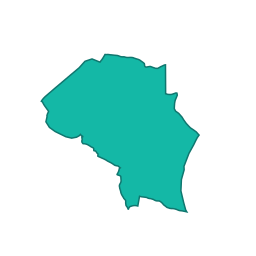 outline of Monier, Gros Islet, Saint Lucia, rotated 116°
{"feature_id": "8701671B21062082038543", "entity_name": "Monier", "entity_type": "district", "adm_level": 2, "iso_a3": "LCA", "parent_name": "Saint Lucia", "parent_adm1": "Gros Islet", "projection": "natural_earth1", "projection_center": [-60.941, 14.03], "detail": "fine", "context": "isolated", "style": "filled", "palette": "teal", "viewbox_px": 256, "rotation_deg": 116, "n_neighbors": 0, "source": "geoboundaries", "source_scale": "gbopen_adm2", "svg_char_len": 4408}
<svg xmlns="http://www.w3.org/2000/svg" viewBox="0 0 256 256"><g transform="rotate(116 128 128)"><path d="M177.6,38.4L176.4,40.2L170.6,45.3L161.3,52.9L150.9,57.4L141.0,59.2L137.9,60.9L124.1,62.1L114.3,61.6L109.6,61.6L106.2,61.5L103.2,61.0L102.7,62.3L101.6,64.9L101.0,68.3L100.5,72.0L99.5,74.8L98.3,77.8L96.3,81.5L94.5,84.3L92.6,88.9L92.0,92.6L90.3,94.9L87.7,96.0L85.2,97.0L82.6,97.7L79.3,97.9L76.9,98.1L75.2,99.3L75.3,99.8L75.5,100.2L75.7,100.5L75.8,100.7L76.1,100.9L78.4,103.2L78.8,103.7L79.0,104.1L79.3,104.5L79.5,105.0L79.7,105.4L79.9,105.9L80.0,106.1L80.1,106.4L80.3,106.9L80.4,107.3L80.5,107.9L80.5,108.3L80.6,108.8L80.7,109.2L54.8,122.0L55.4,122.9L57.4,124.5L57.8,124.8L58.2,125.2L58.6,125.5L59.0,125.8L59.4,126.0L59.8,126.3L60.2,126.6L60.7,126.9L61.0,127.2L61.3,127.4L61.5,127.6L61.7,128.0L61.9,128.5L62.0,128.9L62.3,129.4L62.4,130.0L62.4,130.7L62.5,131.1L62.6,131.7L62.6,132.2L62.7,132.9L62.7,133.3L62.8,133.9L62.8,134.3L62.9,134.8L63.1,135.2L63.2,135.5L63.6,136.0L64.1,136.7L64.4,137.1L64.5,137.3L64.8,137.6L65.1,138.1L65.3,138.5L65.4,139.3L65.3,139.7L65.0,140.1L64.7,140.4L64.2,140.7L63.7,141.0L63.3,141.3L62.9,141.6L62.8,141.9L62.7,142.5L62.5,143.1L62.4,143.7L62.3,144.3L62.2,144.8L62.1,145.4L62.1,145.8L61.9,146.4L61.9,146.7L61.8,147.3L61.8,147.8L61.8,148.1L61.8,148.5L61.9,149.1L62.0,149.8L62.1,150.4L62.2,150.9L62.3,151.4L62.3,151.9L62.4,152.5L62.5,153.1L62.5,153.7L62.6,154.1L62.6,154.5L62.8,155.1L63.0,155.6L63.2,156.2L63.5,156.8L63.8,157.4L64.1,157.9L64.4,158.5L64.7,159.0L64.9,159.5L65.1,160.0L65.3,160.5L65.4,161.0L65.6,162.1L65.8,162.9L66.1,163.4L66.3,163.9L66.6,164.4L66.8,165.0L67.0,165.7L67.1,166.2L67.2,166.9L67.2,167.5L67.3,168.2L67.4,168.9L67.5,169.4L67.8,170.2L68.1,170.9L68.3,171.6L68.7,172.5L68.8,172.9L69.0,173.3L69.2,174.0L69.5,174.9L69.8,175.4L70.0,176.2L70.2,176.8L70.4,177.3L70.6,178.0L70.8,178.5L71.3,179.3L72.0,180.9L72.3,180.9L73.8,181.0L74.8,181.1L75.6,181.2L76.2,181.2L76.7,181.3L77.3,181.4L78.0,181.4L78.9,181.7L79.6,181.8L80.0,181.9L80.6,182.0L80.9,182.0L81.1,182.1L81.7,190.6L85.9,194.9L86.7,195.7L86.9,195.9L90.0,196.8L95.3,198.3L103.6,202.0L124.7,211.3L136.1,216.2L138.5,217.0L141.3,217.6L142.0,217.6L142.0,217.4L142.0,217.2L142.0,216.8L142.2,216.1L142.7,215.5L143.3,214.7L144.1,213.5L144.8,212.3L145.7,210.6L146.7,208.8L147.1,207.9L147.3,207.6L147.7,207.1L147.8,206.9L148.1,206.6L149.5,206.6L150.6,206.6L152.4,206.3L153.4,205.7L158.4,204.5L161.9,198.9L163.1,191.9L163.1,180.0L161.8,174.2L160.3,172.2L158.8,170.2L156.4,168.5L154.8,167.9L154.7,167.9L155.1,166.9L155.3,166.6L155.4,166.4L155.3,165.8L155.3,165.2L155.7,164.9L155.8,165.0L156.0,165.3L156.2,165.5L156.8,165.3L157.5,164.8L158.0,164.4L158.8,164.0L159.3,164.0L160.5,163.5L160.9,163.2L161.2,162.7L161.7,161.8L161.8,161.4L161.3,160.4L161.1,159.7L160.9,158.9L160.8,158.4L160.7,157.5L160.7,156.4L160.8,155.3L160.9,154.3L161.0,153.6L161.1,153.0L161.1,152.2L161.1,151.3L161.1,150.6L161.4,150.0L161.8,149.6L162.7,149.2L163.1,148.9L163.3,148.7L163.3,148.3L163.0,147.6L162.9,147.3L163.1,146.6L163.5,145.9L164.0,145.2L164.3,144.2L164.6,143.5L165.5,143.2L166.5,142.8L166.6,141.5L166.5,140.5L166.5,138.6L166.4,137.0L166.4,135.4L166.4,134.4L166.5,133.3L166.6,132.5L166.7,131.3L166.7,130.2L166.7,129.2L166.7,128.3L166.8,127.0L167.0,125.6L167.2,124.3L167.3,123.3L166.9,121.5L166.5,120.5L167.2,117.5L167.7,117.8L168.2,118.0L169.2,117.8L170.6,117.5L171.8,117.4L172.8,117.4L174.1,117.5L174.5,117.5L174.7,117.3L174.7,117.0L174.7,116.9L174.7,116.5L174.5,115.6L174.4,114.4L174.6,113.4L175.3,112.9L178.8,110.9L179.5,110.8L180.3,110.6L181.4,110.7L182.2,110.7L182.7,110.7L183.1,110.6L183.5,110.5L184.0,110.3L184.4,110.0L184.6,109.8L185.7,109.1L186.9,108.0L187.8,107.1L188.8,106.4L189.8,105.5L190.8,104.3L191.8,102.8L192.5,101.7L193.2,100.7L193.6,99.6L194.1,98.5L194.6,98.1L195.4,97.7L196.5,97.2L197.2,96.7L198.4,95.9L198.7,95.5L199.1,94.7L199.4,94.1L201.2,91.8L200.6,92.1L199.6,92.2L198.0,91.9L197.1,91.1L196.0,89.9L195.4,89.1L194.7,87.9L194.3,86.9L194.0,85.9L193.8,85.0L184.3,87.7L183.9,85.7L183.0,83.1L182.5,81.6L182.2,80.4L182.3,79.1L181.9,77.6L181.5,76.5L181.3,75.1L181.1,74.0L181.2,72.9L181.2,71.6L181.0,70.5L180.5,69.3L179.9,67.9L179.9,67.0L180.1,65.7L180.4,64.6L180.9,63.4L181.4,62.4L181.6,61.4L181.9,59.9L182.3,58.1L182.1,56.9L181.9,55.2L181.4,53.7L180.7,52.3L180.2,50.5L179.9,48.6L179.8,46.7L179.7,45.8L179.3,44.5L178.8,43.2L178.3,41.3L177.9,39.7L177.6,38.4Z" fill="#14b8a6" stroke="#0f766e" stroke-width="1.5"/></g></svg>